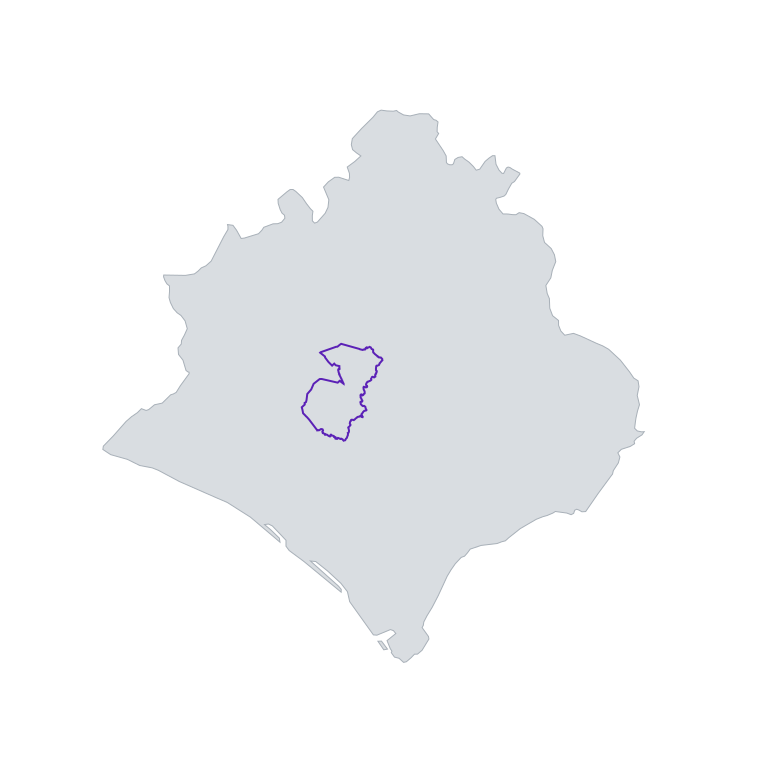 Marahoue, Marahoué, Ivory Coast (highlighted), rotated 45°
{"feature_id": "98640826B99867209198649", "entity_name": "Marahoue", "entity_type": "district", "adm_level": 2, "iso_a3": "CIV", "parent_name": "Ivory Coast", "parent_adm1": "Marahoué", "projection": "albers", "projection_center": [-5.732, 7.127], "detail": "fine", "context": "in_parent", "style": "outline", "palette": "violet", "viewbox_px": 768, "rotation_deg": 45, "n_neighbors": 0, "source": "geoboundaries", "source_scale": "gbopen_adm2", "svg_char_len": 9336}
<svg xmlns="http://www.w3.org/2000/svg" viewBox="0 0 768 768"><g transform="rotate(45 384 384)"><path d="M199.5,181.7L201.7,181.6L207.6,179.9L212.9,176.0L217.9,167.9L224.6,161.4L232.1,161.9L234.3,160.7L236.9,160.5L240.1,164.8L243.2,168.1L245.5,168.2L247.1,174.4L260.8,177.1L266.7,178.8L271.6,183.3L273.4,183.4L275.5,182.5L277.1,180.9L277.4,179.2L275.3,175.1L276.2,171.4L278.5,168.1L282.0,167.9L287.3,167.0L293.4,167.0L298.0,167.6L299.8,164.4L298.1,155.1L298.5,150.1L299.3,145.8L301.0,144.1L307.8,149.4L314.0,151.4L318.4,151.6L319.7,150.5L317.8,144.7L318.3,142.9L319.9,141.9L322.9,141.3L330.8,138.9L331.6,139.4L333.1,148.6L332.4,151.7L334.1,158.0L336.1,163.8L336.0,166.2L334.2,169.8L332.2,173.1L332.5,174.5L335.6,176.7L341.7,179.1L347.9,179.6L351.4,176.2L355.1,173.4L357.6,171.0L358.4,167.3L362.4,164.6L373.8,161.3L384.2,160.8L386.7,161.8L391.4,166.9L397.4,170.4L406.5,170.0L413.1,172.1L418.9,176.0L422.7,184.7L426.9,191.0L428.8,199.9L435.4,204.6L440.6,206.7L447.6,213.2L454.9,216.5L462.5,215.7L466.0,219.1L471.6,221.5L477.3,221.7L482.2,214.2L488.7,211.2L505.2,205.1L511.7,202.4L518.3,200.6L534.2,200.0L549.0,201.8L556.4,203.2L561.4,202.1L566.2,205.6L571.2,213.1L575.2,215.5L579.3,218.0L582.4,223.9L586.1,229.7L588.0,232.3L592.5,238.1L596.3,238.1L600.1,235.6L601.7,233.7L602.4,237.5L601.0,243.7L601.3,247.6L603.4,249.0L602.3,253.9L598.0,262.4L598.0,267.3L602.4,268.8L605.5,274.1L607.4,283.1L609.3,286.1L609.5,287.9L612.8,309.7L616.8,331.6L614.3,334.4L611.0,335.3L608.8,336.3L608.1,338.4L609.6,341.4L608.7,344.1L604.5,346.0L595.3,353.0L594.7,355.8L592.3,361.7L590.2,365.4L587.3,372.1L582.6,389.9L580.9,404.6L580.7,409.1L578.8,412.3L576.8,416.8L566.8,429.5L561.7,439.8L562.4,444.3L562.7,448.8L561.2,452.0L561.5,460.7L562.8,468.0L564.6,475.2L572.0,495.3L575.9,507.6L578.3,517.5L580.4,524.1L582.4,526.8L583.2,529.3L594.0,531.1L596.1,532.6L599.2,545.4L598.7,551.3L596.6,553.5L596.7,558.4L596.2,564.6L594.7,567.0L588.6,567.3L584.5,569.7L579.1,568.8L578.5,567.3L575.6,566.7L567.6,563.3L568.8,552.1L565.1,551.7L562.2,553.1L556.6,566.6L553.9,568.9L513.7,562.2L505.0,556.7L494.5,555.4L476.3,556.1L461.3,557.8L457.1,561.2L494.9,559.1L499.0,559.5L500.9,561.5L453.0,566.1L434.8,568.8L429.4,568.0L425.2,563.8L405.4,563.3L401.3,564.7L398.9,567.9L406.7,567.2L419.0,567.0L422.3,569.4L383.7,572.6L356.9,578.6L345.6,583.1L308.2,597.7L285.4,604.6L279.4,607.2L269.0,614.3L255.7,618.8L240.7,627.2L231.5,629.1L229.5,626.4L229.3,612.1L228.1,592.9L228.6,585.6L229.9,578.7L229.9,573.0L234.5,570.9L235.7,568.5L236.4,561.0L240.7,554.3L240.8,542.5L242.1,540.0L243.0,536.9L241.2,529.1L238.9,514.5L237.8,513.5L236.8,514.1L234.4,514.4L225.0,509.3L217.8,508.4L212.8,504.1L212.4,499.1L210.0,496.3L208.3,490.6L205.8,484.0L198.7,480.0L192.0,479.1L187.3,479.9L181.7,479.6L175.3,477.4L170.9,474.9L166.8,470.1L162.9,466.3L159.8,466.7L156.1,465.8L152.4,464.1L151.2,462.7L166.8,447.6L172.1,440.2L172.7,435.7L172.7,431.1L174.5,426.4L174.9,419.3L166.5,393.2L164.4,385.1L162.1,382.8L160.6,381.9L165.0,378.6L170.9,379.5L180.1,382.1L182.1,379.5L189.0,366.5L188.9,361.6L188.2,358.2L192.3,349.2L195.5,345.8L197.2,342.0L196.7,336.9L194.3,335.0L191.1,335.3L187.3,334.1L181.5,331.1L178.5,328.4L179.5,316.6L180.1,312.9L182.1,310.8L185.4,310.2L194.4,309.9L201.7,311.3L208.1,312.1L211.6,312.1L214.3,315.7L218.0,319.3L221.2,319.3L222.4,316.6L221.7,304.9L219.5,298.7L214.7,292.7L202.0,287.5L201.7,280.4L203.0,272.7L205.8,269.8L215.2,265.0L213.6,262.3L210.6,259.5L204.6,256.6L206.0,247.4L206.4,239.1L201.3,240.0L196.1,240.5L191.7,237.9L188.1,232.9L187.5,219.1L187.6,203.2L186.9,196.2L188.3,192.4L192.8,189.0L197.7,184.5L199.5,181.7ZM573.9,569.0L571.8,572.1L561.6,570.2L564.0,567.6L573.9,569.0Z" fill="#d9dde1" stroke="#a8b0b8" stroke-width="1"/><path d="M377.1,406.3L376.8,405.6L376.8,405.1L377.0,404.7L377.0,404.4L376.9,404.2L376.7,404.1L376.0,403.3L375.3,402.9L374.9,402.7L373.6,402.3L373.2,402.0L372.2,401.2L371.8,400.8L371.7,400.4L371.7,400.2L371.9,400.1L372.6,399.7L373.5,399.3L373.8,398.9L374.1,398.4L374.1,398.2L373.9,397.7L373.7,397.6L373.2,397.3L372.8,397.5L372.5,397.5L372.0,397.3L371.8,397.2L371.6,397.0L371.3,396.5L371.1,396.1L371.0,395.8L370.9,394.9L370.7,394.2L370.8,393.9L371.2,393.5L371.3,393.3L371.5,392.4L371.6,392.1L371.9,391.6L372.0,391.3L372.1,390.5L372.1,390.1L371.9,389.8L371.4,389.6L371.1,389.2L370.4,388.9L370.6,388.9L370.7,388.7L370.8,388.5L370.6,387.8L370.7,387.1L370.8,387.0L371.2,386.7L371.5,386.6L371.9,386.6L372.1,386.3L372.4,386.2L372.5,385.7L372.4,385.6L372.4,385.3L372.5,385.1L372.6,384.8L372.0,384.4L371.8,384.3L371.6,384.1L371.5,383.7L371.3,383.6L371.3,383.3L371.0,383.1L371.0,382.9L371.1,382.3L370.7,381.9L370.5,381.5L370.6,381.2L370.2,380.5L370.0,380.3L369.8,380.0L369.5,380.0L369.0,380.1L368.3,379.7L367.9,379.2L367.5,378.9L366.6,377.8L366.4,377.6L366.2,377.3L365.9,376.8L365.8,376.6L365.8,376.3L366.4,375.8L366.6,375.1L367.0,374.1L366.9,373.7L366.4,372.8L366.3,372.6L366.4,372.4L366.3,371.9L366.2,371.7L366.2,370.6L366.1,370.2L366.0,369.8L366.1,369.2L366.1,368.4L365.5,368.1L365.3,367.7L365.2,367.6L364.3,367.5L364.1,367.6L363.4,367.5L363.0,367.5L362.7,367.9L362.0,368.3L361.8,368.7L361.3,368.9L360.8,368.8L360.3,369.0L360.2,368.9L359.9,369.1L359.3,368.9L358.7,369.1L357.8,369.1L356.4,369.3L355.7,369.2L355.4,369.3L354.9,369.2L354.1,369.3L354.0,369.2L353.9,369.1L353.7,368.9L353.3,368.7L352.6,367.9L352.4,367.8L352.4,367.7L352.2,367.5L351.9,367.4L351.1,367.7L350.6,368.0L350.0,367.9L348.9,367.5L348.2,367.8L347.8,367.8L347.6,367.9L347.6,368.3L347.4,368.5L347.0,369.6L346.5,370.2L346.5,370.3L346.7,370.7L346.6,370.8L346.4,370.3L346.2,370.2L345.9,370.2L345.8,370.4L345.6,371.5L346.1,372.3L346.2,372.6L345.9,372.7L345.9,372.8L346.0,373.0L345.9,373.3L345.6,373.4L345.4,373.6L345.4,374.0L344.8,374.8L344.8,375.0L342.4,376.5L342.0,376.5L325.3,385.9L325.0,387.5L324.7,390.5L323.8,391.6L316.7,406.4L316.7,407.0L322.8,406.3L323.6,406.9L329.1,407.7L334.3,407.7L334.4,404.8L336.6,404.9L339.8,402.9L340.4,403.5L340.8,403.8L341.1,404.4L341.5,404.5L341.9,404.7L342.0,404.8L342.0,405.0L341.4,405.3L341.3,405.8L341.6,406.4L341.9,406.7L342.0,406.8L343.0,407.3L343.6,407.8L344.1,408.0L344.3,408.1L344.8,408.2L345.1,408.7L345.5,408.6L345.9,408.7L346.1,408.9L346.3,409.0L346.5,409.3L347.5,409.5L349.3,410.2L350.0,410.3L351.3,411.1L351.5,411.1L351.9,411.0L352.3,411.3L352.7,411.5L354.1,411.9L354.5,412.1L355.2,412.3L355.3,412.4L350.4,413.1L350.3,415.8L336.4,424.5L335.0,426.0L334.1,433.6L336.4,439.4L336.8,445.3L340.6,450.2L341.6,451.9L341.5,452.5L341.5,452.9L341.2,453.4L341.2,453.5L341.5,453.8L342.3,454.4L342.5,454.6L342.3,458.6L344.4,459.8L347.5,461.9L350.4,461.9L351.0,461.9L351.3,462.0L352.9,461.9L356.2,462.1L367.8,463.7L369.2,463.9L369.5,464.0L369.6,463.5L369.8,463.3L370.2,463.3L370.3,463.2L370.8,462.6L371.0,462.2L371.1,461.0L371.2,460.6L371.7,460.0L372.6,459.5L372.8,459.5L373.1,459.7L373.7,459.9L373.8,460.1L373.9,461.0L374.0,461.2L374.1,461.3L374.4,461.4L374.6,461.6L374.8,461.6L375.1,461.5L375.4,461.9L375.5,462.0L375.9,461.8L376.4,461.6L377.0,461.3L377.2,461.2L377.5,461.3L378.2,461.6L378.3,461.5L378.2,461.2L378.2,460.8L378.5,460.7L378.9,460.7L379.7,460.1L380.9,460.0L381.4,459.9L382.8,459.4L383.0,459.2L383.0,458.9L382.2,457.8L382.3,457.5L382.3,457.3L382.5,457.2L382.8,457.2L383.3,457.6L383.4,457.4L383.5,457.3L384.7,456.6L385.1,456.3L385.5,456.3L385.9,456.5L386.2,456.8L386.5,456.7L386.9,456.6L386.8,456.3L386.9,456.1L387.4,455.9L387.7,455.9L387.9,456.1L388.0,456.4L388.0,456.7L388.1,456.9L388.3,457.0L388.5,456.9L388.9,456.4L389.6,456.1L389.7,455.9L389.6,455.2L389.5,454.8L389.5,454.7L389.8,454.5L390.5,454.3L391.4,453.8L392.0,453.8L392.1,453.7L392.3,453.4L392.4,452.9L392.6,452.8L392.8,452.8L393.8,452.4L394.4,452.6L395.2,452.5L395.5,452.6L395.8,452.0L396.2,451.5L396.3,451.3L396.3,451.1L395.8,449.7L395.8,448.6L395.8,448.3L395.6,447.9L395.2,447.2L394.8,446.1L394.6,445.9L394.6,445.7L394.1,445.1L393.7,444.6L393.5,444.1L393.1,444.1L393.2,443.2L393.0,442.7L392.4,441.9L391.3,441.1L391.0,440.8L390.5,440.6L390.2,440.4L389.6,440.2L389.4,439.8L389.6,438.6L389.3,437.3L389.4,437.0L389.3,436.7L388.9,436.4L388.2,436.3L387.7,436.1L387.0,435.1L386.7,434.5L386.6,434.3L386.7,433.6L386.4,433.3L386.2,432.9L386.2,432.6L386.3,432.2L386.5,432.0L386.7,431.9L386.9,431.8L387.1,431.5L387.3,431.3L387.9,431.1L388.2,430.9L388.2,430.4L388.4,429.5L388.3,428.6L388.6,427.1L388.6,426.8L388.5,426.5L388.6,426.0L388.8,425.8L389.0,425.3L389.3,425.0L389.5,424.8L389.6,424.6L389.6,424.1L389.8,423.7L389.8,423.4L389.9,423.2L390.1,423.1L390.5,423.1L390.7,422.9L391.0,422.8L391.3,422.9L391.5,423.1L392.3,422.6L392.2,422.3L391.8,422.3L391.5,422.2L391.4,422.2L391.1,422.0L390.9,421.8L390.2,421.7L389.8,421.7L389.5,421.4L389.4,421.2L389.4,420.7L389.4,420.2L389.2,419.7L389.2,419.0L389.0,418.6L389.0,418.3L389.0,417.8L389.0,417.0L389.0,416.9L389.4,416.6L389.5,416.1L390.1,415.3L390.1,415.1L390.1,414.9L389.9,414.7L389.0,414.5L387.9,414.0L387.2,413.5L386.8,413.3L386.5,413.4L385.4,413.5L385.1,413.8L385.0,414.2L384.9,414.4L384.8,414.5L384.5,414.6L384.0,414.6L383.4,414.8L382.6,414.6L382.2,414.7L381.7,414.6L380.7,413.8L380.2,413.6L380.0,413.2L380.8,412.3L380.9,412.2L380.8,411.5L380.7,411.2L380.0,410.9L379.3,410.9L378.1,410.2L377.5,410.2L377.0,410.1L376.4,409.5L375.8,409.0L375.3,408.6L375.2,408.4L375.1,407.8L375.3,407.4L375.5,407.2L375.9,407.2L376.2,407.3L376.3,407.5L376.5,407.6L376.7,407.4L376.9,407.2L376.9,406.9L377.1,406.3Z" fill="none" stroke="#5b21b6" stroke-width="2"/></g></svg>